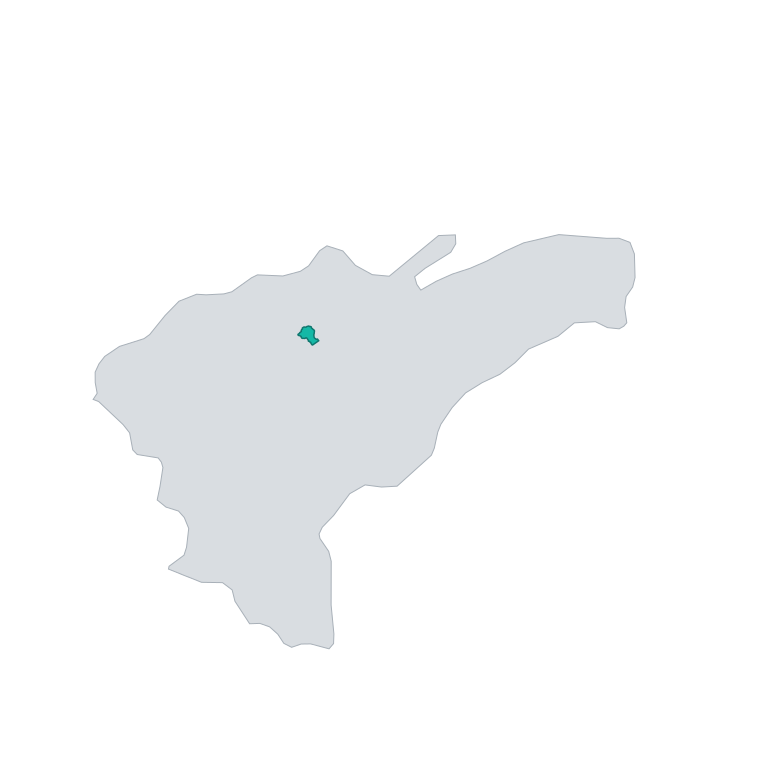 location of Villa Tapia, Hermanas, Dominican Republic, rotated 325°
{"feature_id": "3306468B10183104109049", "entity_name": "Villa Tapia", "entity_type": "district", "adm_level": 2, "iso_a3": "DOM", "parent_name": "Dominican Republic", "parent_adm1": "Hermanas", "projection": "albers", "projection_center": [-70.39, 19.285], "detail": "fine", "context": "in_parent", "style": "filled", "palette": "teal", "viewbox_px": 768, "rotation_deg": 325, "n_neighbors": 0, "source": "geoboundaries", "source_scale": "gbopen_adm2", "svg_char_len": 3473}
<svg xmlns="http://www.w3.org/2000/svg" viewBox="0 0 768 768"><g transform="rotate(325 384 384)"><path d="M136.4,503.3L137.3,476.5L141.5,465.6L137.8,454.1L120.8,441.8L110.4,426.0L101.3,412.0L103.4,410.0L122.0,409.5L128.6,404.5L141.2,390.3L143.8,378.9L142.8,370.2L134.8,359.8L131.7,348.9L141.8,339.4L155.0,325.6L156.8,320.3L156.6,315.0L141.4,300.2L140.4,293.9L147.6,278.1L147.0,267.6L140.2,234.7L136.9,229.8L143.7,227.1L148.2,217.3L154.2,208.6L162.1,204.0L171.1,201.2L188.9,201.5L213.4,209.2L220.4,209.1L244.0,202.3L263.6,198.6L282.0,203.0L289.4,208.9L304.6,218.4L312.3,221.2L336.3,221.0L342.9,222.0L363.1,237.5L380.1,243.7L390.0,244.0L407.7,237.9L416.5,238.1L426.6,251.4L428.6,270.4L437.1,287.7L450.1,298.7L513.8,293.7L528.0,302.8L523.2,310.3L514.2,314.4L483.9,312.8L470.6,313.7L468.0,321.2L468.0,328.2L485.7,329.8L503.2,333.2L520.9,338.6L539.0,342.3L559.3,344.7L579.4,348.5L612.9,361.9L650.1,392.5L660.1,399.4L666.7,409.1L663.7,421.1L650.7,440.8L643.3,447.2L632.5,451.2L625.0,459.3L618.0,473.1L613.6,474.2L608.3,473.7L599.4,466.0L592.9,454.2L575.0,443.1L553.8,444.7L522.4,438.3L503.5,441.7L484.6,442.5L465.2,439.2L445.7,438.1L426.3,442.4L407.5,449.6L400.5,454.2L388.4,465.4L382.0,469.5L336.1,475.2L322.9,467.0L310.6,455.8L293.0,454.2L267.3,462.8L251.3,465.9L244.8,469.6L242.9,473.8L242.7,489.4L239.1,498.9L213.9,534.7L199.6,560.0L193.8,567.7L187.1,569.4L174.8,554.8L167.0,549.5L157.3,546.7L153.2,539.0L153.5,528.0L151.0,517.3L145.0,508.9L136.4,503.3Z" fill="#d9dde1" stroke="#a8b0b8" stroke-width="1"/><path d="M355.8,293.6L355.3,293.2L354.9,293.1L354.4,292.9L354.2,292.8L353.9,292.7L353.1,292.7L352.8,292.7L352.6,292.6L352.4,292.5L352.2,292.3L351.4,291.6L351.0,291.4L350.8,291.3L350.5,291.3L350.0,291.3L349.7,291.3L349.3,291.3L349.1,291.4L349.1,291.5L348.8,292.0L348.7,292.0L348.4,292.2L347.8,292.3L347.6,292.3L347.3,292.4L346.9,292.7L346.8,292.8L346.7,292.9L346.6,293.2L346.5,293.3L346.4,293.5L346.0,293.6L345.0,293.6L344.6,293.6L344.3,293.7L343.8,293.9L343.5,294.0L343.0,294.0L342.1,294.0L341.8,294.3L341.7,294.5L341.7,294.8L341.8,295.0L341.9,295.3L342.6,296.0L342.8,296.3L343.2,297.1L343.3,297.3L343.3,297.5L343.2,297.9L343.1,298.1L343.0,298.3L343.0,298.5L343.0,299.1L343.0,299.3L343.1,299.5L343.4,299.9L343.6,300.0L343.8,300.1L344.1,300.3L344.8,300.9L345.1,301.2L345.3,301.3L345.5,301.3L346.3,301.4L346.5,301.4L346.6,301.5L346.9,301.7L347.0,301.9L347.0,302.0L347.1,302.6L347.1,303.8L347.1,304.5L347.0,304.9L346.9,305.1L346.8,305.5L346.7,305.6L346.8,305.8L347.2,306.2L347.3,306.3L347.3,306.5L347.3,306.8L347.3,307.0L347.7,307.6L347.8,307.7L347.8,307.8L347.8,308.0L347.6,308.3L347.6,308.7L347.5,309.1L347.5,309.7L347.5,310.2L347.5,310.5L347.6,310.8L347.8,311.0L348.0,311.1L348.3,311.1L350.3,311.1L355.3,311.1L355.3,309.7L355.3,309.3L355.3,309.1L355.2,309.0L355.1,308.9L354.9,308.8L354.5,308.7L354.4,308.6L354.1,308.5L354.0,308.3L354.0,308.1L353.8,307.5L353.6,307.0L353.5,306.8L353.5,306.6L353.5,306.4L353.5,306.0L353.5,305.8L353.6,305.6L353.8,305.1L354.0,304.7L354.3,304.3L354.4,303.9L354.5,303.7L354.7,303.4L355.0,303.2L355.6,302.8L355.6,302.7L355.9,302.3L356.1,302.1L357.3,300.9L357.4,300.7L357.5,300.5L357.6,300.3L357.6,300.0L357.6,299.6L357.5,299.3L357.5,299.1L357.3,298.8L357.2,298.6L357.2,298.3L357.1,297.7L357.0,297.3L356.8,296.9L356.8,296.7L356.8,296.4L357.0,295.9L357.1,295.7L357.1,295.4L357.1,295.2L356.9,294.9L356.6,294.6L356.4,294.5L356.2,294.4L356.0,294.2L355.9,294.0L355.8,293.9L355.8,293.6Z" fill="#14b8a6" stroke="#0f766e" stroke-width="1.5"/></g></svg>